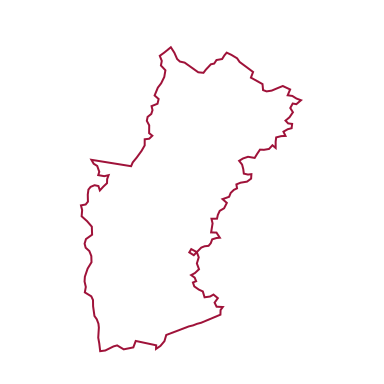 Cafelândia, Paraná, Brazil (Albers equal-area conic projection), rotated 348°
{"feature_id": "56859067B49774660702068", "entity_name": "Cafelândia", "entity_type": "district", "adm_level": 2, "iso_a3": "BRA", "parent_name": "Brazil", "parent_adm1": "Paraná", "projection": "albers", "projection_center": [-53.352, -24.69], "detail": "fine", "context": "isolated", "style": "outline", "palette": "rose", "viewbox_px": 384, "rotation_deg": 348, "n_neighbors": 0, "source": "geoboundaries", "source_scale": "gbopen_adm2", "svg_char_len": 2487}
<svg xmlns="http://www.w3.org/2000/svg" viewBox="0 0 384 384"><g transform="rotate(348 192 192)"><path d="M309.3,112.1L302.8,107.2L297.8,108.1L291.0,109.4L285.9,109.1L282.7,107.1L283.4,101.1L273.4,92.4L276.7,87.3L265.6,74.7L263.9,70.6L259.1,66.1L254.9,62.9L252.1,65.1L249.1,68.2L243.4,68.0L240.4,71.0L237.0,71.0L231.0,75.2L228.0,77.8L223.0,76.2L211.7,63.9L207.3,61.9L205.1,58.8L203.7,52.1L201.4,46.0L193.8,49.9L188.8,52.1L189.7,57.5L187.9,61.8L191.3,67.4L188.8,73.7L184.4,79.3L180.3,82.8L175.5,89.8L178.7,94.1L176.6,98.5L170.3,99.6L170.4,103.7L168.4,107.2L164.2,109.3L162.6,113.0L164.0,117.9L162.3,125.5L164.9,128.7L161.2,131.0L156.7,130.6L155.4,136.6L151.2,141.3L145.1,146.8L140.2,150.7L137.8,154.1L100.3,139.6L101.7,143.9L104.7,146.8L105.5,153.0L103.8,156.0L109.5,158.3L113.9,158.2L111.7,161.7L110.7,165.7L106.4,168.3L102.2,171.3L101.7,166.7L98.1,165.1L93.9,165.9L91.2,168.1L89.5,172.9L88.2,179.8L85.4,182.1L80.6,182.0L80.8,186.8L79.0,192.8L83.3,198.7L86.8,205.1L85.4,213.0L78.5,216.0L76.2,220.2L76.4,224.4L79.3,228.4L80.2,233.7L79.1,239.8L74.0,245.2L69.6,252.6L68.3,257.2L68.4,262.8L66.3,267.9L71.8,273.1L72.7,277.1L71.5,283.2L70.8,293.0L72.4,296.7L73.1,301.4L72.7,305.3L70.0,315.0L69.8,320.9L69.1,328.6L74.2,329.0L83.2,326.7L86.9,326.5L92.5,331.7L102.3,331.8L106.0,326.0L125.1,334.5L124.2,338.0L129.1,336.0L134.0,332.2L137.1,326.5L161.0,322.8L165.3,322.7L169.5,322.0L173.8,321.8L194.3,317.9L195.4,313.4L198.2,310.9L192.2,309.3L191.1,304.9L195.2,301.2L191.7,296.8L187.9,298.0L182.4,297.6L181.9,291.5L178.4,288.9L174.6,284.8L174.1,280.7L177.5,280.1L176.8,276.3L173.9,273.1L178.0,271.9L182.8,269.0L181.9,262.9L185.0,257.3L184.2,251.8L189.5,248.3L193.0,247.7L197.0,248.1L199.7,246.0L201.9,242.5L206.4,242.1L209.7,242.5L207.5,236.8L202.3,235.5L205.6,227.0L205.5,222.2L210.9,223.3L212.5,219.8L215.2,216.2L220.0,214.6L223.8,209.9L220.4,205.3L223.7,204.9L227.3,204.4L229.7,200.9L233.4,198.6L236.8,197.8L237.0,193.8L241.4,193.0L248.0,193.3L252.6,191.2L253.8,186.9L250.4,186.6L246.5,184.8L246.9,180.3L246.7,175.6L244.6,171.3L248.9,169.8L254.1,169.2L260.4,171.7L263.5,168.4L267.3,164.7L271.2,165.7L276.3,165.9L280.4,163.0L283.0,166.3L284.3,160.1L285.7,156.1L290.9,155.9L295.1,156.6L294.0,152.0L298.7,150.5L302.7,150.3L304.1,146.2L300.3,144.9L298.3,141.6L302.9,139.2L307.3,135.0L305.6,130.3L308.9,126.4L312.3,127.8L317.7,124.9L313.6,122.3L310.1,118.9L305.7,117.3L309.3,112.1ZM184.2,251.8L180.6,254.2L176.8,250.5L179.4,247.7L184.2,251.8Z" fill="none" stroke="#9f1239" stroke-width="2"/></g></svg>